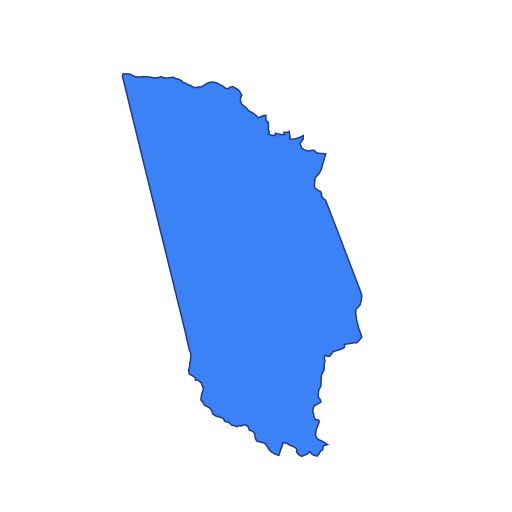 outline of Piraquê, Tocantins, Brazil, rotated 166°
{"feature_id": "56859067B33098244249330", "entity_name": "Piraquê", "entity_type": "district", "adm_level": 2, "iso_a3": "BRA", "parent_name": "Brazil", "parent_adm1": "Tocantins", "projection": "orthographic", "projection_center": [-48.258, -6.735], "detail": "fine", "context": "isolated", "style": "filled", "palette": "blue", "viewbox_px": 512, "rotation_deg": 166, "n_neighbors": 0, "source": "geoboundaries", "source_scale": "gbopen_adm2", "svg_char_len": 3327}
<svg xmlns="http://www.w3.org/2000/svg" viewBox="0 0 512 512"><g transform="rotate(166 256 256)"><path d="M304.6,453.0L307.4,452.7L310.8,453.2L312.8,453.9L315.4,455.1L318.2,456.3L320.9,457.0L323.5,457.6L325.9,457.9L327.9,458.5L330.0,459.3L332.0,461.0L334.5,463.1L337.8,464.1L340.9,464.9L342.1,463.1L342.4,388.2L342.5,381.3L342.5,378.9L342.5,376.8L342.5,372.1L342.6,330.0L342.6,309.6L342.7,304.3L342.7,297.1L342.7,293.0L342.7,283.8L342.9,230.7L342.9,226.7L342.9,222.0L342.9,217.2L343.0,200.1L343.4,180.4L342.9,177.9L343.0,175.7L345.0,170.3L346.3,168.0L347.2,164.6L349.1,161.5L349.2,157.6L347.0,155.5L345.4,153.9L344.2,152.0L344.7,150.1L342.5,149.8L339.8,146.0L339.4,142.5L339.2,139.7L340.6,137.4L342.3,134.8L343.4,132.1L344.3,129.8L342.7,125.9L341.9,123.5L339.9,121.9L337.2,119.1L336.3,116.2L336.3,113.3L333.1,109.8L331.2,109.2L327.0,106.3L326.3,103.1L322.4,100.9L320.5,97.8L318.0,96.5L315.5,94.9L313.5,95.7L311.6,94.6L309.2,95.1L306.9,94.5L305.0,92.4L304.6,88.5L301.8,86.9L300.2,84.2L300.8,78.8L299.9,76.0L293.1,72.5L291.3,68.8L290.3,65.2L288.8,62.6L285.4,59.1L282.1,57.0L278.3,63.1L276.2,65.9L275.1,68.4L271.2,66.7L268.9,64.0L266.1,62.3L263.9,60.2L263.1,58.2L264.1,56.3L263.0,53.4L260.3,50.5L257.6,51.0L254.7,51.3L251.0,53.2L249.9,50.5L248.4,48.9L245.2,47.1L243.0,48.4L240.8,50.9L238.1,51.9L236.7,55.6L232.2,55.7L233.8,57.5L236.9,60.6L240.0,62.9L241.3,65.0L241.5,68.2L240.6,70.5L239.7,72.8L238.1,75.0L236.6,77.3L234.5,80.2L235.5,82.2L238.0,82.8L238.7,86.4L238.3,88.9L238.7,91.2L237.6,93.9L236.1,96.3L231.9,97.5L228.4,98.6L228.3,100.8L229.7,104.2L228.8,107.4L227.2,111.3L224.6,114.0L223.9,116.3L222.7,120.0L221.7,123.5L220.5,125.7L219.0,127.2L217.5,129.1L216.6,132.0L215.9,135.0L214.5,137.2L214.4,140.9L212.6,143.0L210.8,141.3L208.7,140.9L206.6,142.4L204.9,144.3L201.1,144.8L197.3,144.9L194.1,145.3L192.1,146.0L191.5,148.8L188.6,148.6L184.5,148.2L181.8,148.2L179.6,147.4L176.8,148.8L174.8,150.3L172.9,151.8L173.3,156.7L173.7,159.6L173.8,162.6L173.8,167.3L173.9,169.8L173.5,172.7L173.0,176.7L172.1,180.0L170.0,181.2L167.0,183.3L165.3,186.1L163.1,191.2L162.8,193.5L168.2,238.1L168.5,240.4L168.9,243.6L170.1,254.1L175.0,293.4L176.5,294.9L177.8,297.8L177.4,300.7L177.7,303.0L180.0,304.7L182.1,307.4L182.5,309.5L181.8,311.6L180.5,315.3L179.9,317.2L178.1,318.7L175.0,320.6L173.1,322.6L171.0,325.4L169.4,328.7L167.9,330.7L166.8,332.9L165.8,334.7L163.6,338.1L172.2,341.3L174.1,344.6L177.4,345.2L179.8,345.2L181.9,346.2L185.4,349.3L186.2,354.5L181.9,358.0L181.0,361.4L183.2,360.8L188.6,360.2L192.5,360.4L195.0,361.4L194.1,363.2L193.8,368.9L195.7,368.3L198.9,369.3L199.1,366.9L202.2,367.8L205.1,369.1L207.4,370.4L208.3,368.3L211.6,369.3L214.4,371.3L213.0,373.2L213.5,375.4L212.4,379.2L211.7,382.7L213.4,384.9L213.1,387.6L212.4,390.0L214.5,390.5L217.1,390.0L220.5,389.7L222.3,392.8L224.1,395.1L226.1,397.0L228.3,399.1L229.0,401.0L230.7,403.6L233.2,406.7L233.5,410.3L232.9,413.0L230.9,415.2L231.8,418.8L233.0,421.6L235.8,424.3L237.3,425.8L240.2,426.1L243.0,425.0L245.5,426.6L247.0,428.9L249.4,430.7L251.3,432.7L253.1,433.9L255.5,435.2L258.3,435.7L261.4,435.5L265.2,434.2L268.3,433.3L270.7,433.9L273.4,434.0L275.5,434.4L276.9,436.0L278.6,437.6L280.5,438.5L282.3,440.7L284.7,441.9L285.9,444.1L288.4,446.3L291.0,447.5L292.7,449.3L296.1,449.9L299.0,450.2L301.8,450.9L304.6,453.0Z" fill="#3b82f6" stroke="#1e3a8a" stroke-width="1.5"/></g></svg>